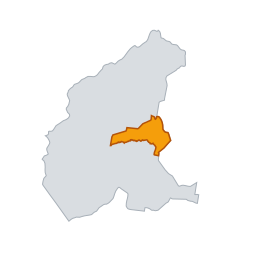 where Unity sits in South Sudan, rotated 99°
{"feature_id": "SDS-871", "entity_name": "Unity", "entity_type": "State", "adm_level": 1, "iso_a3": "SSD", "parent_name": "South Sudan", "parent_adm1": "", "projection": "mercator", "projection_center": [30.188, 8.676], "detail": "fine", "context": "in_parent", "style": "filled", "palette": "amber", "viewbox_px": 256, "rotation_deg": 99, "n_neighbors": 0, "source": "natural_earth", "source_scale": "10m", "svg_char_len": 6444}
<svg xmlns="http://www.w3.org/2000/svg" viewBox="0 0 256 256"><g transform="rotate(99 128 128)"><path d="M205.8,195.1L198.3,202.5L197.8,203.0L196.9,203.6L193.9,203.6L190.8,203.2L187.9,201.3L185.0,202.8L183.2,203.2L182.1,203.4L179.5,203.7L175.9,204.5L174.2,205.5L173.3,206.2L172.6,207.7L172.2,207.9L171.6,207.7L170.6,207.1L168.7,206.3L167.7,204.4L166.8,203.3L166.1,202.7L163.0,204.5L161.5,205.0L160.3,204.9L158.1,203.9L155.6,203.0L154.3,203.0L152.4,204.1L150.3,205.8L149.1,207.4L148.6,208.4L147.8,206.9L147.1,205.9L146.1,205.6L144.0,205.9L143.5,205.4L143.4,204.1L143.1,203.0L142.6,202.1L141.0,201.2L136.9,199.4L133.7,195.8L132.1,194.2L131.0,193.1L129.3,190.3L127.4,188.4L125.2,187.5L123.7,187.9L122.1,190.0L119.2,191.9L117.9,192.0L116.1,190.9L114.0,190.2L110.1,189.9L108.5,190.8L106.4,192.3L104.7,193.2L103.6,193.3L102.5,192.9L101.4,192.7L100.4,192.7L98.3,191.3L97.2,190.3L96.5,189.4L95.4,188.7L94.0,188.2L93.0,187.3L92.5,186.2L91.8,184.9L90.8,183.6L87.6,181.4L86.7,180.1L86.0,178.8L84.7,177.4L83.3,175.5L82.9,172.7L82.8,170.5L82.6,169.5L82.0,168.5L81.3,167.6L80.2,166.6L77.6,165.2L75.0,163.5L73.7,162.5L71.3,162.2L69.8,161.2L68.6,159.2L68.1,157.5L66.9,156.2L66.4,155.2L66.1,154.2L67.0,150.9L65.6,149.7L63.5,148.2L62.0,146.5L61.1,145.0L58.4,143.0L52.5,140.0L49.2,138.0L47.3,136.3L45.7,134.6L45.5,133.9L46.6,132.2L46.7,130.9L45.9,129.3L42.4,126.4L39.6,123.3L37.4,122.3L32.3,121.4L30.8,121.0L29.3,120.4L27.8,119.0L27.3,117.3L28.0,114.6L27.6,113.8L26.7,113.5L26.9,113.0L27.9,111.7L29.5,110.8L33.7,109.5L33.9,108.9L34.0,107.2L34.4,106.4L35.8,104.1L36.0,103.1L36.1,101.1L36.3,100.2L36.7,99.5L37.9,98.3L38.3,97.6L38.4,96.1L38.3,93.1L38.9,91.9L41.6,89.1L42.3,87.9L42.5,86.8L42.5,85.6L42.7,84.5L43.4,83.5L44.1,83.1L46.1,82.8L47.4,83.0L56.8,81.1L57.9,81.4L58.4,82.5L58.3,84.3L58.5,85.1L59.0,85.8L60.5,86.6L61.5,88.0L62.0,88.6L63.5,89.5L70.5,97.7L72.4,98.4L74.3,98.2L78.1,96.5L80.0,96.0L93.2,96.5L94.7,96.3L94.8,96.3L96.8,100.4L97.8,101.3L112.3,101.4L112.0,100.2L112.2,98.9L114.7,96.4L115.1,96.1L117.3,94.9L119.5,94.1L123.7,93.2L125.3,91.7L126.1,90.3L126.1,87.7L126.7,87.3L127.7,86.6L132.6,84.3L133.4,83.8L142.0,89.3L146.8,93.7L147.1,93.9L147.3,93.9L147.6,93.8L147.8,93.6L148.4,93.4L150.5,93.3L154.4,93.1L155.6,92.6L163.5,84.8L165.5,82.3L166.0,81.8L167.1,80.0L168.3,77.0L168.5,76.6L177.1,69.3L177.4,68.7L177.5,68.2L176.2,65.8L175.9,64.5L175.9,62.6L176.1,59.6L176.0,57.7L175.9,57.2L171.1,51.6L183.2,51.6L183.2,50.9L183.2,50.7L182.9,50.0L182.8,49.2L182.8,48.7L182.9,48.3L182.9,48.0L182.9,47.8L182.9,47.7L191.6,47.7L191.5,49.3L190.4,52.9L190.5,55.0L190.2,57.5L189.9,58.2L189.5,58.8L189.3,59.1L189.3,59.4L191.1,73.1L191.0,73.7L190.5,74.6L190.4,74.9L190.4,75.1L190.5,75.2L194.6,76.7L194.7,76.8L194.9,76.9L196.3,78.7L204.2,85.2L204.5,85.5L205.3,87.6L205.4,87.9L205.4,88.4L205.4,88.8L205.2,90.0L205.3,90.5L205.4,90.9L205.5,91.3L205.5,91.5L205.5,91.8L204.3,94.1L203.9,95.8L203.8,97.2L203.9,98.0L204.0,98.5L204.1,98.8L207.6,98.8L207.6,99.6L208.1,111.9L208.1,113.3L207.9,115.1L207.5,115.8L206.6,116.7L205.4,117.6L202.3,117.9L199.7,117.8L197.9,117.6L195.4,117.5L193.1,117.7L192.3,118.5L189.2,125.0L188.2,126.7L188.0,127.6L188.2,128.2L189.5,129.0L192.1,130.2L195.1,130.9L197.4,131.2L198.9,131.5L200.1,131.8L204.4,134.8L205.8,136.2L206.6,137.4L206.8,138.7L207.4,140.0L211.3,144.1L215.0,146.0L216.5,148.2L217.8,149.3L219.2,150.4L219.9,152.1L221.5,157.0L222.6,159.6L223.7,161.7L224.1,165.1L225.0,166.6L225.9,168.5L227.4,170.2L229.0,171.5L229.3,171.8L213.1,187.7L205.8,195.1Z" fill="#d9dde1" stroke="#a8b0b8" stroke-width="1"/><path d="M147.5,94.1L147.8,93.9L148.0,93.7L148.3,93.6L148.6,93.5L150.6,93.5L150.4,97.8L150.2,98.0L149.9,98.1L149.6,98.1L148.2,98.1L147.4,98.0L145.1,97.5L142.9,97.4L142.5,97.5L142.2,97.6L142.0,97.8L141.9,98.1L141.6,98.3L141.4,98.4L141.1,98.5L140.9,98.7L140.7,99.3L140.5,99.5L140.3,99.7L140.1,99.9L140.0,100.3L139.8,100.6L139.4,100.8L139.2,100.9L139.5,101.4L139.6,101.6L139.8,101.6L140.0,102.0L140.0,103.2L139.9,103.3L139.7,103.5L139.9,103.7L139.6,103.9L139.4,104.1L139.1,104.2L139.0,104.6L138.9,105.2L138.8,105.4L138.6,105.6L138.4,105.7L138.2,105.8L138.0,106.2L138.0,106.3L137.9,106.4L137.6,106.7L137.2,106.8L137.0,107.0L136.9,107.2L136.8,107.5L136.8,107.9L136.9,108.1L137.2,108.5L137.2,108.9L137.2,109.1L137.3,109.4L137.5,109.6L137.6,109.8L137.6,110.1L137.6,110.7L137.7,111.0L137.9,110.9L138.0,111.2L137.9,111.4L137.7,111.6L137.5,111.8L137.6,112.0L138.5,112.9L138.6,113.0L138.9,113.0L139.0,113.2L139.0,113.4L138.8,113.7L138.5,114.2L138.4,114.4L138.3,114.6L138.2,114.8L138.2,115.1L138.3,115.1L138.3,114.9L138.5,114.9L138.5,115.1L138.4,115.3L138.3,115.5L138.7,115.9L138.7,116.1L138.8,116.2L139.3,116.6L139.3,116.9L139.3,117.0L139.6,116.9L139.7,117.0L139.9,117.3L139.9,117.6L139.8,117.8L139.7,118.3L139.4,118.5L139.2,119.1L139.4,119.3L139.5,119.8L139.6,120.0L139.2,120.2L139.5,120.9L139.5,121.1L139.2,121.3L139.3,121.6L139.3,121.8L139.0,121.9L138.9,122.3L139.0,123.0L139.2,123.6L139.7,123.4L139.7,123.7L139.9,123.7L140.1,123.6L140.3,123.7L140.5,123.9L140.5,124.1L140.5,124.4L140.5,124.6L140.7,125.0L141.1,125.4L141.3,125.7L141.1,125.9L142.2,127.2L142.4,127.9L142.5,128.0L142.6,128.6L142.7,128.8L143.0,128.9L143.1,129.0L142.8,129.2L142.8,129.3L143.0,129.3L143.3,129.4L143.2,129.5L143.1,129.8L143.1,130.0L142.9,130.1L142.7,130.3L142.6,130.5L142.5,131.4L142.6,131.7L142.5,131.8L142.4,131.9L142.3,132.1L142.4,132.3L142.7,132.5L142.8,132.6L142.9,132.8L142.8,133.0L143.3,133.3L143.5,133.6L143.6,133.9L143.7,134.3L143.7,134.5L143.3,134.7L143.2,134.8L143.3,135.0L143.5,135.2L143.6,135.3L143.8,135.5L143.8,135.8L144.0,135.9L144.3,135.9L144.3,136.2L144.5,136.5L145.0,137.1L145.2,137.5L145.3,138.3L145.4,138.5L145.7,138.9L145.8,139.4L146.0,139.7L146.2,140.0L146.3,140.2L146.4,140.8L146.5,140.9L146.7,141.0L147.1,141.5L148.0,142.0L148.1,142.6L139.4,142.5L137.2,141.8L131.4,129.8L131.2,129.5L130.9,129.4L130.6,129.3L127.8,129.1L127.2,118.3L127.0,118.0L126.7,117.6L121.5,114.0L116.8,106.8L115.8,106.5L112.1,106.8L112.3,106.3L112.7,104.3L113.0,103.7L113.4,103.4L114.2,103.1L114.6,102.9L115.0,102.6L115.1,102.4L114.9,102.2L114.7,102.0L114.5,101.9L114.2,101.7L113.9,101.6L113.7,101.5L113.4,101.5L113.1,101.6L112.9,101.6L112.6,101.5L112.5,101.4L112.3,101.4L112.0,100.9L112.0,100.3L112.0,99.5L112.4,98.8L113.5,97.6L114.9,96.5L115.3,96.2L117.5,95.0L119.7,94.2L123.9,93.3L125.4,91.8L126.3,90.5L126.3,87.8L126.9,87.4L127.9,86.8L132.7,84.4L133.6,83.9L137.9,86.7L142.2,89.4L147.0,93.8L147.3,94.0L147.5,94.1Z" fill="#f59e0b" stroke="#b45309" stroke-width="1.5"/></g></svg>